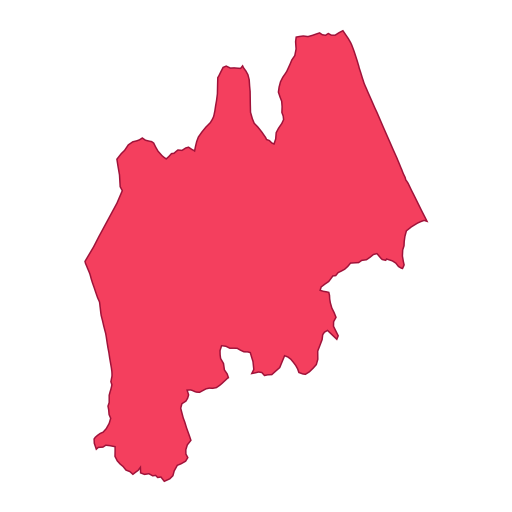 Chesumei, Rift Valley, Kenya
{"feature_id": "3690345B21695789916257", "entity_name": "Chesumei", "entity_type": "district", "adm_level": 2, "iso_a3": "KEN", "parent_name": "Kenya", "parent_adm1": "Rift Valley", "projection": "equal_earth", "projection_center": [35.097, 0.277], "detail": "fine", "context": "isolated", "style": "filled", "palette": "rose", "viewbox_px": 512, "rotation_deg": 0, "n_neighbors": 0, "source": "geoboundaries", "source_scale": "gbopen_adm2", "svg_char_len": 4836}
<svg xmlns="http://www.w3.org/2000/svg" viewBox="0 0 512 512"><path d="M348.3,38.6L345.7,34.8L342.9,30.7L339.0,32.7L335.1,35.2L331.4,35.2L328.3,33.5L325.5,35.3L322.2,34.7L319.6,32.9L316.3,34.0L312.6,35.3L308.0,36.6L303.3,36.0L299.4,36.5L296.2,37.1L295.6,41.7L296.1,49.0L294.8,55.6L291.8,60.0L290.1,64.1L288.5,67.6L286.7,71.5L284.8,74.4L284.0,75.5L282.9,77.1L282.0,78.8L280.5,81.8L279.1,87.1L278.4,92.1L280.0,96.9L281.7,101.3L282.1,106.7L281.9,112.5L283.2,116.0L283.6,119.6L281.8,123.5L278.5,128.3L276.2,132.7L275.7,139.0L274.0,144.0L271.7,142.9L269.4,140.6L266.5,139.5L265.6,137.5L264.4,135.8L262.0,132.3L259.9,129.6L257.8,127.0L254.2,123.3L252.4,118.9L250.5,112.3L250.3,103.9L250.2,97.4L250.1,91.4L249.6,86.0L249.2,79.8L247.9,74.7L245.8,70.9L245.1,70.0L243.4,67.6L242.6,65.9L240.6,68.4L237.6,68.2L234.1,67.9L230.4,68.1L226.2,66.1L223.1,67.4L220.9,71.7L218.7,76.2L217.8,77.6L217.6,84.7L217.4,93.9L216.5,100.8L215.6,105.9L214.9,110.7L214.0,115.1L213.5,116.9L212.2,119.6L210.3,122.7L206.0,127.0L202.0,131.9L198.4,137.0L196.7,141.5L195.5,146.4L194.6,151.0L193.6,150.3L192.1,149.6L188.5,147.2L185.7,148.0L182.0,150.4L177.9,150.0L175.8,151.7L174.0,153.3L171.5,153.6L168.8,156.6L166.2,158.9L163.9,157.3L162.1,155.8L161.2,154.8L158.0,151.2L155.7,147.2L154.8,145.4L153.7,143.1L151.6,141.6L150.4,141.4L149.0,141.1L145.4,140.2L142.3,138.0L139.5,139.8L136.9,140.8L132.8,141.8L128.3,144.9L124.6,150.4L121.3,153.6L116.9,159.2L118.1,166.8L119.5,174.9L120.2,186.7L122.3,190.7L117.0,203.1L99.0,236.4L93.6,246.9L85.0,261.4L85.5,263.4L86.8,266.4L87.3,267.7L87.9,269.1L89.3,272.4L90.0,274.3L90.8,277.2L91.1,278.4L91.5,279.7L92.4,282.6L94.3,288.0L95.0,290.1L95.7,292.2L97.6,297.7L99.5,301.9L99.9,304.7L100.0,306.0L100.2,307.4L100.5,310.2L100.9,313.5L101.2,315.5L102.6,321.0L103.6,325.4L104.8,330.1L105.7,333.5L106.3,337.0L107.1,342.4L108.0,348.0L108.9,352.6L109.6,357.5L110.6,363.3L111.4,367.9L111.9,371.7L112.0,374.0L112.0,376.1L110.9,381.7L111.9,384.7L111.6,386.3L110.8,389.6L110.2,391.5L109.2,395.2L109.2,399.2L109.2,402.6L108.0,406.1L108.7,409.9L109.1,414.6L110.7,418.3L109.2,423.4L106.3,428.6L103.1,432.2L100.3,433.4L97.6,435.3L95.3,437.3L94.1,439.0L94.3,443.3L96.3,449.2L98.3,447.4L102.9,447.1L105.8,445.2L110.2,445.7L115.1,446.7L115.1,451.0L115.0,456.4L117.3,460.9L120.1,464.0L123.1,466.5L126.0,470.1L129.9,471.6L132.9,474.3L135.6,472.2L138.1,470.4L140.4,467.3L140.6,472.9L144.5,474.4L148.9,473.7L152.7,475.8L155.6,475.4L157.7,477.5L160.9,477.0L164.3,481.3L169.8,478.8L172.9,475.7L174.2,470.9L177.3,465.3L181.0,463.8L185.6,461.2L187.8,457.6L185.9,454.1L185.8,449.8L187.3,444.9L190.9,440.3L189.1,435.0L186.5,427.8L184.8,422.2L183.2,417.9L182.0,413.3L180.7,408.2L181.9,403.7L185.9,401.1L187.6,398.2L188.6,394.9L187.1,390.1L189.0,390.0L190.5,389.9L192.2,390.4L195.1,391.7L196.6,392.1L199.6,392.3L202.7,390.6L206.1,388.8L209.4,388.1L212.6,388.3L216.4,387.6L219.3,385.6L220.1,385.0L222.2,383.2L224.1,381.4L225.2,380.4L227.4,378.3L228.4,377.7L227.2,374.0L224.4,369.9L223.5,363.5L220.6,358.5L220.1,354.7L220.0,350.6L221.6,345.7L222.8,345.8L226.0,346.3L229.8,348.2L234.2,348.2L237.2,348.3L240.3,350.1L243.9,351.8L247.8,351.9L250.3,352.6L251.4,356.4L253.0,361.6L253.4,365.6L253.8,369.4L251.8,373.5L255.4,372.8L258.6,372.0L261.8,372.5L264.5,375.5L267.7,374.8L271.8,374.6L275.8,371.0L279.7,367.6L282.2,361.5L284.6,355.7L287.9,357.0L290.8,359.2L293.3,362.2L295.7,365.4L297.6,368.8L298.9,372.5L302.7,373.9L305.4,374.3L309.4,371.8L313.1,368.2L316.3,364.6L317.8,359.3L317.7,351.1L319.9,345.4L322.1,339.6L322.7,334.7L324.4,332.2L327.5,330.4L336.8,339.3L337.7,337.1L338.2,335.8L333.5,326.3L333.6,321.7L336.0,317.3L334.1,312.6L331.8,308.0L330.3,302.7L329.7,299.1L329.6,297.3L329.5,295.4L328.8,292.4L326.8,291.9L324.6,291.5L323.6,291.4L320.1,290.3L321.2,286.9L324.6,284.3L328.7,281.5L332.9,275.9L335.7,275.6L338.1,272.6L341.2,271.1L344.7,269.2L347.7,266.5L350.5,263.1L354.8,262.8L358.6,262.6L361.7,260.4L366.5,259.7L370.1,257.2L373.4,254.5L376.9,253.6L377.9,254.7L379.4,256.5L381.2,258.6L382.2,259.5L385.7,260.3L386.5,259.0L389.4,259.9L392.4,260.9L395.8,263.1L398.5,266.5L401.2,268.1L402.5,268.5L403.5,266.4L404.1,264.9L403.3,261.3L402.4,256.0L402.7,249.9L404.0,245.8L404.2,241.5L404.9,236.4L406.4,230.8L411.3,226.9L414.2,225.1L417.5,223.1L420.8,221.6L424.1,220.4L427.0,221.3L425.3,217.9L421.6,210.7L417.9,203.2L413.8,194.9L411.5,190.4L408.1,183.3L406.6,181.0L405.9,180.2L405.5,178.9L405.1,177.4L403.4,173.9L402.3,171.2L401.8,169.8L401.0,168.0L399.5,164.3L398.3,161.4L397.6,159.8L397.2,158.7L395.0,153.8L393.2,149.8L390.2,142.9L387.6,137.0L383.2,127.0L377.1,112.8L374.8,107.9L371.5,100.3L367.5,91.3L366.8,89.6L366.2,88.2L365.2,86.0L364.2,83.6L363.7,82.2L363.1,80.2L362.5,78.5L360.6,72.3L359.1,67.7L358.8,66.3L358.2,64.3L357.1,60.6L354.9,53.8L354.1,51.4L353.3,49.2L352.2,46.3L351.7,45.0L350.7,42.8L348.3,38.6Z" fill="#f43f5e" stroke="#9f1239" stroke-width="1.5"/></svg>